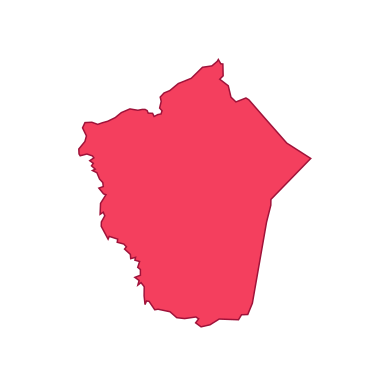 the district of Yona, Guam, rotated 224°
{"feature_id": "77769853B72833595516841", "entity_name": "Yona", "entity_type": "district", "adm_level": 2, "iso_a3": "GUM", "parent_name": "Guam", "parent_adm1": "", "projection": "albers", "projection_center": [144.756, 13.405], "detail": "fine", "context": "isolated", "style": "filled", "palette": "rose", "viewbox_px": 384, "rotation_deg": 224, "n_neighbors": 0, "source": "geoboundaries", "source_scale": "gbopen_adm2", "svg_char_len": 1526}
<svg xmlns="http://www.w3.org/2000/svg" viewBox="0 0 384 384"><g transform="rotate(224 192 192)"><path d="M265.1,305.6L264.6,303.5L265.3,296.5L271.1,289.0L271.5,273.3L277.2,260.5L278.4,249.6L280.9,243.8L280.8,238.2L277.1,235.8L273.6,229.9L270.0,229.6L268.5,226.6L270.4,223.9L271.7,220.0L275.0,221.2L278.3,218.3L280.8,219.4L283.1,218.8L285.1,216.9L287.7,213.2L294.4,208.6L298.0,200.0L298.9,192.2L301.7,184.5L301.8,184.3L304.6,179.5L306.8,175.1L307.3,174.9L307.8,174.7L312.5,172.6L317.2,167.6L315.3,162.1L306.9,159.0L304.1,153.9L303.3,144.3L299.7,140.9L297.6,140.4L294.0,146.3L288.7,148.8L286.3,148.4L287.3,143.5L282.9,144.1L282.5,141.0L277.5,141.2L278.5,138.3L273.8,139.8L267.5,137.1L262.7,136.8L259.6,134.3L261.7,130.1L254.3,129.2L252.0,130.3L249.9,120.3L242.6,112.1L241.8,115.8L238.2,114.3L236.4,107.5L233.5,104.3L219.6,99.8L220.7,102.6L212.7,106.5L210.9,103.9L204.9,107.2L201.1,107.0L200.9,104.1L193.0,104.3L189.8,101.5L187.2,105.8L185.7,103.3L181.4,105.6L178.7,100.1L175.3,100.4L171.3,96.3L173.8,90.9L168.6,91.6L166.3,87.5L165.7,91.4L160.6,90.7L154.3,84.0L147.6,78.4L149.0,82.0L146.9,83.5L137.0,81.4L135.0,84.1L124.6,90.6L115.7,91.0L109.4,95.8L102.4,104.8L99.1,105.4L98.5,100.4L91.8,101.3L86.8,109.0L84.2,119.5L69.8,132.4L71.1,138.1L66.8,142.6L71.3,153.9L117.5,222.2L126.1,237.2L130.1,241.5L129.9,298.6L157.7,293.0L188.5,295.5L215.2,297.8L218.5,297.1L221.5,290.5L223.0,287.3L229.9,287.3L239.7,293.6L250.4,292.4L250.3,297.2L258.7,305.5L260.4,304.2L265.1,305.6Z" fill="#f43f5e" stroke="#9f1239" stroke-width="1.5"/></g></svg>